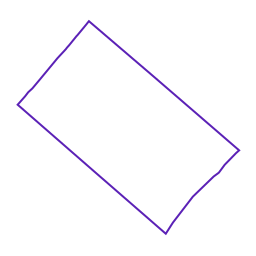 outline of Okaloosa, Florida, United States of America, rotated 310°
{"feature_id": "52423323B76793643920341", "entity_name": "Okaloosa", "entity_type": "district", "adm_level": 2, "iso_a3": "USA", "parent_name": "United States of America", "parent_adm1": "Florida", "projection": "mercator", "projection_center": [-86.589, 30.688], "detail": "fine", "context": "isolated", "style": "outline", "palette": "violet", "viewbox_px": 256, "rotation_deg": 310, "n_neighbors": 0, "source": "geoboundaries", "source_scale": "gbopen_adm2", "svg_char_len": 507}
<svg xmlns="http://www.w3.org/2000/svg" viewBox="0 0 256 256"><g transform="rotate(310 128 128)"><path d="M74.9,28.5L73.0,129.0L71.3,224.9L80.5,223.7L84.5,223.2L117.1,221.8L145.9,224.8L152.2,226.3L162.0,225.7L178.2,226.9L182.3,227.5L183.9,114.7L184.7,29.4L183.8,29.4L180.2,29.5L166.4,29.6L165.4,29.5L153.9,29.7L150.3,29.6L148.4,29.7L136.3,29.1L135.2,29.1L108.3,29.3L104.5,29.3L101.8,29.3L96.8,29.3L91.5,28.6L91.0,28.6L90.7,28.6L86.1,28.8L74.9,28.5Z" fill="none" stroke="#5b21b6" stroke-width="2"/></g></svg>